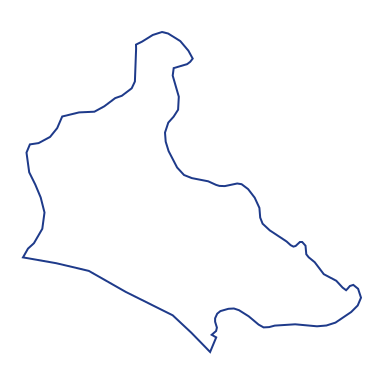 SVG path tracing the border of Vlasenica
{"feature_id": "BIH-4805", "entity_name": "Vlasenica", "entity_type": "state/province", "adm_level": 1, "iso_a3": "BIH", "parent_name": "Bosnia and Herzegovina", "parent_adm1": "", "projection": "robinson", "projection_center": [19.204, 44.258], "detail": "fine", "context": "isolated", "style": "outline", "palette": "blue", "viewbox_px": 384, "rotation_deg": 0, "n_neighbors": 0, "source": "natural_earth", "source_scale": "10m", "svg_char_len": 1361}
<svg xmlns="http://www.w3.org/2000/svg" viewBox="0 0 384 384"><path d="M192.7,58.6L190.2,61.8L187.2,64.1L173.7,68.1L172.7,75.6L178.8,96.7L178.1,109.7L173.6,116.7L168.3,122.6L165.0,132.6L165.7,141.7L168.6,151.1L177.1,167.5L184.0,175.0L191.8,178.1L208.2,181.3L216.1,184.9L219.4,185.9L224.8,186.1L237.2,183.5L241.6,184.2L248.1,189.1L254.7,197.7L259.4,207.9L260.2,217.6L262.6,223.7L269.8,230.4L286.6,241.5L290.7,245.2L293.4,246.6L295.6,246.0L299.9,242.0L302.2,242.0L305.5,245.7L306.3,254.3L308.7,257.3L314.7,262.2L321.6,271.3L323.8,274.2L336.3,280.8L342.6,287.6L346.1,290.2L347.5,288.8L349.9,286.0L353.3,284.9L358.1,288.8L361.0,297.7L357.7,305.5L351.2,312.0L335.5,322.6L326.4,325.5L317.0,326.3L295.2,324.3L274.8,325.6L269.1,327.1L263.6,327.4L258.6,324.6L248.7,316.3L239.0,310.2L233.9,308.5L228.4,308.8L220.4,311.1L217.2,313.7L215.1,318.3L215.1,321.7L216.9,327.6L216.1,331.0L211.7,334.8L216.2,337.4L210.1,352.0L191.3,332.7L172.7,315.3L126.1,292.1L88.8,270.9L56.2,263.2L23.0,257.4L28.0,248.6L33.2,243.9L34.0,243.1L42.3,228.8L44.5,212.5L40.7,197.5L35.3,184.6L29.2,172.3L26.5,152.6L29.9,144.4L38.6,143.1L50.1,136.9L57.2,128.1L62.2,116.5L79.1,112.4L94.4,111.7L104.3,106.3L115.2,98.1L121.8,95.8L131.7,88.3L134.9,81.5L136.1,48.8L136.0,44.6L142.1,41.6L152.7,35.0L162.0,32.0L168.1,33.5L180.3,41.1L188.4,50.7L192.7,58.6Z" fill="none" stroke="#1e3a8a" stroke-width="2"/></svg>